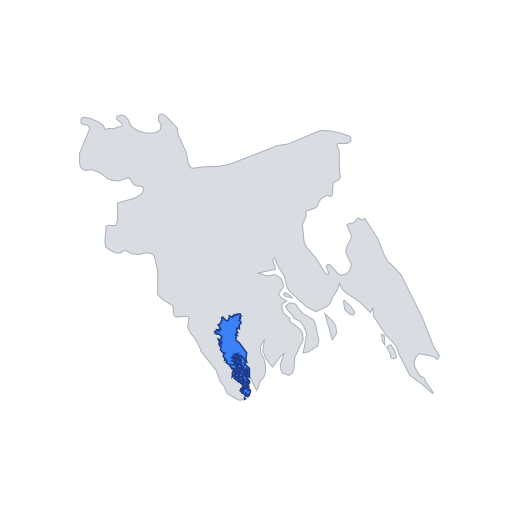 location of Khulna, Khulna, Bangladesh, rotated 340°
{"feature_id": "16705992B21968895988188", "entity_name": "Khulna", "entity_type": "district", "adm_level": 2, "iso_a3": "BGD", "parent_name": "Bangladesh", "parent_adm1": "Khulna", "projection": "mercator", "projection_center": [89.444, 22.353], "detail": "fine", "context": "in_parent", "style": "filled", "palette": "blue", "viewbox_px": 512, "rotation_deg": 340, "n_neighbors": 0, "source": "geoboundaries", "source_scale": "gbopen_adm2", "svg_char_len": 9801}
<svg xmlns="http://www.w3.org/2000/svg" viewBox="0 0 512 512"><g transform="rotate(340 256 256)"><path d="M179.5,361.5L179.4,349.7L171.6,326.5L172.0,324.0L170.4,312.8L168.4,306.6L167.4,299.9L172.1,290.4L170.2,288.9L159.8,286.0L158.6,283.5L160.8,274.1L153.4,265.2L150.4,258.5L158.4,237.0L160.4,222.0L159.8,219.1L154.9,215.7L146.3,214.4L140.2,211.6L136.6,207.3L133.6,205.6L129.9,206.9L125.1,205.2L121.1,201.0L117.8,195.9L119.1,190.2L125.4,176.9L127.7,176.5L133.2,179.1L135.2,179.1L138.8,173.8L143.8,158.8L161.2,160.1L165.4,159.6L169.8,158.4L172.2,156.5L173.5,154.1L173.0,152.0L167.7,149.2L165.6,147.0L164.1,141.0L162.5,138.7L152.0,138.4L146.5,135.6L143.5,133.2L138.2,124.9L131.6,118.8L125.2,117.4L122.8,115.4L121.5,112.3L122.2,107.7L125.4,99.0L142.8,80.1L143.3,78.0L142.6,75.6L137.5,72.5L137.1,71.0L138.6,67.1L141.5,66.6L147.5,70.2L153.6,76.0L157.2,81.2L157.3,85.3L162.1,86.1L166.1,88.0L170.2,87.4L172.8,88.4L174.6,88.0L175.3,85.7L171.8,79.7L173.5,77.2L177.5,77.4L180.4,79.6L182.5,84.2L182.9,91.3L187.6,97.7L193.7,102.3L198.5,104.4L204.4,105.9L209.4,104.4L211.8,100.0L210.7,96.0L211.5,92.4L213.5,90.4L216.6,90.5L219.0,93.4L225.7,108.7L224.3,115.5L225.9,134.1L224.1,146.3L225.2,151.0L226.4,151.9L236.6,154.1L251.4,159.0L262.7,160.8L313.9,159.5L325.1,161.8L359.3,160.0L368.6,163.9L378.7,170.3L384.4,175.0L385.4,177.7L384.8,180.0L382.9,181.2L379.4,181.3L371.4,178.2L370.0,179.1L369.9,186.4L363.4,204.7L362.4,210.3L360.2,212.6L353.4,213.7L348.9,224.3L347.1,225.7L342.7,223.3L339.9,223.7L336.4,224.7L333.0,227.1L330.6,230.2L327.9,231.2L318.4,231.0L316.5,235.9L310.3,242.4L306.0,259.4L306.3,264.6L311.6,278.2L315.2,295.8L316.7,297.6L318.4,297.7L318.6,289.7L320.3,288.6L322.5,289.5L327.0,300.4L329.5,303.1L333.5,303.9L338.0,302.3L341.4,299.1L342.8,295.7L341.6,283.8L343.7,279.0L351.5,271.8L352.6,269.6L352.1,257.8L355.0,257.4L359.0,258.3L363.9,255.5L365.5,255.4L367.5,258.5L371.1,257.9L376.4,281.5L376.8,298.0L378.0,307.2L379.9,309.3L385.8,323.1L391.3,371.4L391.9,401.9L394.2,412.3L392.3,414.6L390.4,415.0L388.7,411.4L376.1,403.7L373.1,404.5L368.8,409.0L367.1,413.1L367.8,419.0L369.2,424.7L372.2,428.0L372.4,431.7L375.8,445.3L374.8,445.4L368.0,433.0L359.7,420.7L357.0,398.8L356.8,387.9L351.1,375.1L345.8,352.7L348.1,344.8L344.1,348.2L337.9,334.8L328.1,321.6L325.3,315.8L325.1,310.1L320.9,315.8L315.2,319.8L309.3,325.9L305.4,327.7L293.1,328.8L285.9,320.7L275.7,300.9L274.4,296.4L275.7,284.8L273.3,273.7L272.6,264.0L270.7,264.8L270.0,267.5L270.4,271.6L269.7,275.1L252.5,272.8L259.8,278.6L267.7,280.0L271.8,285.2L272.0,293.9L264.3,299.1L265.0,303.4L269.5,308.8L264.0,310.3L262.6,313.8L262.4,318.7L266.3,326.3L265.6,329.3L272.1,339.3L273.3,344.1L271.7,350.8L257.7,364.4L253.6,374.0L250.2,378.5L245.9,379.4L240.6,374.8L240.6,370.1L241.6,366.4L248.9,357.4L245.0,358.6L233.6,366.0L231.4,360.0L230.0,354.4L230.0,347.5L235.5,337.3L229.3,342.4L227.5,348.8L228.3,356.3L227.5,361.6L225.1,368.6L221.8,372.7L216.4,375.4L214.0,379.5L210.5,382.5L209.2,368.6L205.4,349.7L204.5,353.7L206.5,365.4L206.4,373.0L203.5,379.1L197.6,385.5L193.1,386.4L190.4,385.5L182.0,375.7L181.3,366.5L179.5,361.5ZM283.0,361.7L272.6,364.0L267.2,363.3L277.2,346.3L276.8,338.7L275.3,332.5L270.2,327.5L270.0,323.9L267.7,319.0L266.5,313.3L272.1,311.5L276.7,314.8L278.3,321.2L280.6,326.1L288.4,336.1L288.3,342.2L286.1,357.2L283.0,361.7ZM305.4,356.2L299.0,360.7L301.1,333.8L305.8,343.8L307.0,349.2L305.4,356.2ZM329.7,342.7L327.0,344.7L324.3,343.0L321.0,336.7L322.7,328.7L323.7,327.5L327.7,335.7L329.7,342.7ZM353.3,399.3L349.7,399.6L347.9,397.7L348.7,395.0L347.7,386.3L352.4,385.5L354.0,392.7L353.3,399.3ZM349.3,375.0L346.6,383.7L345.5,379.8L347.4,372.2L349.3,375.0ZM274.8,305.0L275.9,307.8L270.1,304.2L268.5,301.6L271.1,300.3L274.8,305.0Z" fill="#d9dde1" stroke="#a8b0b8" stroke-width="1"/><path d="M221.3,304.9L217.7,304.1L216.9,304.7L215.5,303.7L215.4,304.6L214.1,305.1L213.8,304.5L213.0,305.5L210.4,303.1L210.1,304.5L207.2,307.3L205.3,305.7L204.0,302.1L202.7,302.1L202.0,305.1L200.7,305.4L200.1,306.9L196.8,307.8L197.7,310.1L197.1,311.2L197.8,311.5L197.5,313.4L195.7,313.8L196.1,313.1L194.1,312.8L194.9,312.2L193.7,311.6L193.5,312.4L191.2,313.0L191.7,313.6L191.2,314.9L192.3,314.8L192.6,316.2L194.3,316.4L196.3,320.2L196.1,321.1L194.7,321.2L194.4,323.2L192.0,321.0L192.1,324.1L194.5,325.5L192.9,326.6L193.8,327.1L192.2,326.6L191.9,324.8L191.0,326.2L192.0,327.2L191.0,328.0L192.3,328.9L190.5,332.0L191.7,335.4L193.5,336.6L191.9,337.3L190.8,339.2L191.7,341.6L190.8,343.3L192.2,343.0L192.8,345.0L191.4,345.5L193.3,348.9L195.2,349.1L193.9,351.0L195.0,352.5L194.5,353.5L196.1,354.5L196.3,353.5L196.5,354.6L195.8,355.2L196.6,355.9L196.8,357.6L196.2,358.9L197.5,358.7L197.4,359.8L199.0,361.1L199.3,359.7L200.7,359.1L199.0,358.6L199.4,357.3L198.6,357.2L199.3,355.8L197.8,355.8L197.7,355.6L198.0,355.2L199.4,355.8L198.6,357.0L199.5,357.3L199.1,358.6L200.7,358.8L200.7,357.7L201.3,357.1L202.1,356.8L201.2,355.6L201.0,354.9L199.6,354.7L198.3,353.6L199.7,354.6L200.5,354.0L199.9,353.2L200.5,352.8L200.2,353.0L200.1,352.9L199.7,351.8L200.1,352.9L200.5,352.7L201.0,353.3L201.2,353.0L201.5,352.8L200.9,351.9L201.1,350.8L200.0,350.5L199.5,350.1L199.1,350.8L198.5,350.1L198.2,350.3L198.0,350.1L197.4,350.5L197.1,350.4L198.0,350.0L198.6,350.1L199.1,350.8L199.4,350.0L201.2,350.7L201.9,349.7L200.7,349.9L200.0,349.7L199.9,349.5L199.8,348.7L200.7,349.8L202.0,349.2L199.4,348.3L198.1,346.7L199.1,347.1L199.4,348.3L201.5,348.7L200.7,347.7L201.3,346.7L200.1,345.9L200.4,345.0L199.6,345.0L199.3,344.8L199.3,343.4L198.1,343.3L198.3,342.1L198.2,343.2L199.4,343.3L199.4,344.8L200.4,344.8L200.3,345.9L201.6,346.5L201.8,346.0L201.6,345.3L201.7,344.8L200.9,343.9L200.3,342.1L200.2,342.1L199.7,341.7L200.4,342.0L201.7,344.6L202.7,342.5L201.8,340.8L203.3,341.2L202.4,344.4L204.8,347.7L205.2,347.0L204.2,346.2L203.7,345.6L203.8,345.3L204.2,345.2L205.5,345.5L205.5,344.3L205.7,343.5L204.8,343.6L204.4,343.4L204.5,343.2L205.0,342.7L204.3,342.5L204.2,341.6L204.8,341.4L204.1,341.2L205.0,341.3L204.3,341.6L205.0,342.7L204.5,343.3L205.8,343.5L205.6,345.4L206.2,345.2L205.4,345.7L204.0,345.3L204.0,345.9L205.3,347.0L204.9,348.1L205.9,350.3L206.1,348.8L205.5,348.2L205.5,347.8L205.9,347.6L206.4,348.3L207.3,347.9L206.5,348.3L205.6,347.9L206.2,348.8L206.2,349.7L204.9,352.5L207.4,361.0L209.0,361.2L209.3,360.2L208.7,359.7L208.6,359.3L208.7,357.7L209.4,360.3L209.1,361.3L208.0,361.3L208.4,363.4L207.0,366.4L208.3,367.9L211.4,359.4L208.9,354.4L208.2,354.8L207.8,354.7L208.0,354.0L208.4,353.9L208.0,353.2L208.5,351.8L208.5,353.9L208.0,354.7L210.7,351.7L210.6,351.1L209.9,351.0L209.6,350.5L209.4,348.6L209.5,347.9L208.6,347.2L208.0,346.1L207.4,346.4L207.1,346.3L207.0,345.9L207.3,345.6L208.4,345.3L206.6,343.4L208.5,345.2L208.5,345.5L207.1,346.0L208.1,346.0L209.6,347.8L209.7,350.6L210.7,351.1L211.1,351.9L211.3,349.4L214.1,343.8L210.6,331.8L208.3,328.0L209.5,326.0L209.7,323.5L211.1,324.2L210.5,322.7L212.5,322.0L211.5,321.0L212.3,320.7L213.0,317.3L214.2,318.0L215.0,317.3L215.6,318.5L216.9,314.8L219.0,314.0L219.4,312.5L218.1,310.8L220.1,309.4L219.6,308.9L220.8,307.9L219.9,308.0L221.4,306.1L221.3,304.9ZM199.6,375.8L197.3,380.1L198.0,383.3L199.1,382.7L199.5,381.1L199.7,380.9L200.0,380.5L199.2,382.9L198.0,383.6L200.2,385.5L201.9,384.6L200.8,383.3L202.7,383.7L204.7,381.1L204.8,379.9L204.2,379.3L202.6,379.9L201.3,379.4L202.5,379.9L204.2,379.2L203.4,377.4L201.8,377.5L200.7,377.3L200.4,377.2L199.9,376.6L199.8,376.3L200.2,376.0L200.1,375.6L199.6,375.8ZM196.4,359.5L195.9,358.9L196.4,356.2L195.8,355.6L193.7,357.8L193.1,359.9L195.5,360.5L197.0,363.3L197.0,363.8L196.3,364.0L194.6,362.8L193.7,363.5L197.2,369.3L196.9,365.5L199.4,361.7L197.3,360.2L197.3,359.0L196.4,359.5ZM206.5,369.5L204.6,364.5L203.6,364.2L202.9,363.5L202.2,364.7L202.7,368.2L201.7,369.4L204.0,371.5L203.6,373.4L206.6,373.0L206.9,372.1L206.3,372.2L205.0,371.8L204.5,371.3L204.7,370.8L203.9,370.9L203.7,370.8L204.2,369.7L203.8,370.8L204.8,370.8L204.9,371.6L205.3,370.2L205.0,371.7L206.8,371.8L206.7,370.0L204.8,368.3L204.3,367.7L206.5,369.5ZM202.9,357.2L201.4,357.2L200.9,359.3L199.3,360.1L199.9,362.1L199.0,363.2L199.8,363.8L200.6,364.0L200.9,364.2L202.0,365.6L202.0,364.1L203.3,362.7L202.6,362.0L202.5,361.4L201.4,361.0L201.2,360.3L201.2,360.1L201.8,359.9L201.8,359.2L202.2,358.5L201.5,360.9L202.6,361.4L203.4,362.6L205.5,361.7L202.9,357.2ZM202.0,365.8L199.0,363.4L197.6,365.4L198.1,370.1L199.5,372.5L199.7,371.7L200.2,371.4L198.9,370.8L198.7,370.4L199.2,369.8L200.5,369.4L199.4,367.5L199.4,367.1L200.3,368.6L201.3,367.9L200.9,367.3L201.5,366.4L200.9,366.5L201.4,366.3L201.6,366.5L201.0,367.3L201.3,367.9L201.1,368.2L202.3,368.2L202.0,365.8ZM201.3,368.4L200.4,368.8L200.6,369.4L200.5,369.8L198.8,370.6L200.2,371.1L200.4,371.4L199.7,371.9L200.9,372.0L200.9,372.3L200.6,372.9L201.6,374.4L203.4,375.6L203.4,375.9L203.1,376.1L201.7,376.4L201.7,377.2L203.7,377.1L204.4,376.7L204.6,373.8L203.1,373.5L203.8,371.8L202.2,371.0L201.3,368.4ZM204.7,357.0L203.8,351.5L201.0,353.3L200.0,353.2L200.7,353.9L200.0,354.5L201.1,354.7L204.1,357.9L204.2,357.6L203.8,357.5L203.1,356.8L202.8,356.4L202.9,356.2L202.4,355.7L202.6,355.4L203.9,357.5L204.7,357.0ZM203.8,351.2L205.1,349.9L201.7,345.1L201.9,346.3L200.9,347.8L202.4,349.5L201.2,352.1L203.8,351.2ZM200.5,373.1L200.8,372.0L199.7,372.5L199.2,372.5L199.3,375.3L199.6,375.7L200.1,375.6L200.6,377.2L201.8,377.3L201.5,376.8L201.6,376.4L203.4,375.6L201.6,374.6L200.5,373.1ZM196.5,381.1L196.6,379.3L198.2,375.0L195.0,377.0L196.5,381.1ZM204.7,364.4L207.1,362.5L207.1,362.3L205.7,361.6L203.0,363.4L204.7,364.4ZM194.8,360.6L193.0,360.2L192.1,361.7L194.3,361.1L194.8,362.5L196.9,363.8L194.8,360.6ZM206.8,361.5L206.1,359.1L204.7,358.4L205.6,361.3L206.8,361.5ZM206.1,365.6L207.4,363.6L207.3,362.3L207.0,363.0L205.1,364.3L206.1,365.6ZM196.2,386.8L197.3,386.6L196.6,385.7L196.2,386.8ZM195.7,376.5L196.7,376.0L197.8,375.0L196.4,375.5L195.7,376.5Z" fill="#3b82f6" stroke="#1e3a8a" stroke-width="1.5"/></g></svg>